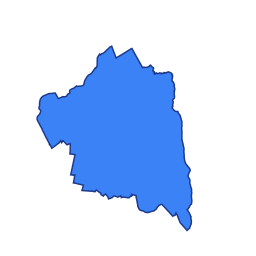 the district of Bogdanesti, Suceava, Romania, rotated 290°
{"feature_id": "2599482B43476485710108", "entity_name": "Bogdanesti", "entity_type": "district", "adm_level": 2, "iso_a3": "ROU", "parent_name": "Romania", "parent_adm1": "Suceava", "projection": "equal_earth", "projection_center": [26.284, 47.362], "detail": "fine", "context": "isolated", "style": "filled", "palette": "blue", "viewbox_px": 256, "rotation_deg": 290, "n_neighbors": 0, "source": "geoboundaries", "source_scale": "gbopen_adm2", "svg_char_len": 5692}
<svg xmlns="http://www.w3.org/2000/svg" viewBox="0 0 256 256"><g transform="rotate(290 128 128)"><path d="M199.3,84.7L198.2,83.5L189.8,79.3L189.4,78.7L189.2,78.2L187.8,77.3L187.2,77.0L187.8,76.1L185.2,75.4L183.3,75.2L176.3,77.6L174.8,77.7L173.9,77.6L173.3,77.3L173.5,76.8L173.3,76.7L167.1,75.1L165.6,74.1L164.3,72.8L162.2,72.0L158.6,71.3L156.7,71.2L153.8,71.6L153.4,71.5L152.4,71.0L151.9,70.5L151.1,69.0L150.9,68.4L150.1,66.7L149.6,66.1L149.9,65.2L149.2,64.8L148.5,64.5L148.1,64.1L147.1,63.6L146.4,62.9L145.8,62.1L144.1,60.7L143.4,60.4L142.7,60.5L142.1,60.8L141.4,61.3L141.0,61.3L140.6,61.1L140.3,60.7L139.3,60.0L138.9,59.6L138.5,59.7L137.7,59.6L137.0,59.4L136.5,58.9L135.7,57.9L135.3,56.5L135.2,56.0L135.0,55.7L134.4,55.3L132.6,53.4L131.9,52.4L136.0,47.6L134.7,45.1L133.2,41.8L130.4,38.9L129.9,38.1L127.8,36.6L125.3,35.8L123.9,35.9L121.7,36.2L118.6,37.3L117.3,37.3L115.9,37.6L115.2,38.6L115.0,39.0L115.0,39.4L114.6,39.9L114.2,40.1L113.6,40.3L113.0,40.3L111.6,40.3L110.5,40.1L107.9,39.1L107.1,39.0L105.6,39.4L104.9,39.7L104.4,40.1L99.9,45.0L97.7,47.6L97.2,47.9L96.2,48.8L95.2,50.0L93.6,51.7L92.6,52.7L91.3,54.0L90.4,55.1L89.9,55.6L89.4,56.1L85.8,60.1L85.6,59.9L85.2,60.4L85.5,60.7L82.9,63.3L83.7,63.9L85.3,64.9L86.5,65.8L88.5,67.0L91.0,68.7L91.4,68.4L91.7,68.4L92.2,68.7L92.5,69.1L93.0,69.3L91.6,70.7L93.8,71.1L93.8,71.3L92.4,74.4L91.4,76.1L91.4,76.4L91.6,76.8L93.4,78.7L93.5,79.0L93.4,79.2L87.6,81.2L86.9,81.5L85.3,81.9L83.8,82.2L84.8,86.9L84.8,87.3L64.4,90.2L64.5,90.4L64.6,90.8L64.9,91.6L64.9,91.9L64.8,92.5L64.9,92.8L65.6,93.7L65.8,94.1L57.7,95.5L57.9,96.6L58.2,97.7L58.3,99.1L58.3,100.0L58.6,101.6L59.0,105.7L53.5,106.1L56.0,114.9L56.2,115.4L56.6,116.0L56.6,116.3L56.5,117.7L56.7,118.2L57.1,119.0L57.5,118.6L57.7,118.8L58.9,119.5L58.4,120.9L58.2,122.0L57.7,123.1L57.5,123.7L57.5,124.3L57.5,124.6L57.4,124.8L57.1,124.9L56.6,125.1L56.2,125.5L55.6,128.1L56.5,128.4L57.1,128.6L57.3,128.9L58.3,129.6L57.8,130.2L57.5,131.0L56.3,132.7L54.7,134.0L55.9,135.5L57.2,136.9L58.7,137.6L59.2,138.0L59.6,139.0L59.6,140.3L59.5,142.0L61.9,144.5L60.3,145.5L61.4,147.1L61.5,147.5L61.9,148.7L62.1,149.8L62.2,150.8L62.6,152.4L63.0,153.0L63.4,153.2L64.1,153.3L64.3,153.5L64.8,153.6L64.8,154.2L64.9,154.3L65.3,154.3L65.4,154.7L65.8,155.0L66.0,155.0L66.4,154.8L66.8,154.3L67.3,158.7L66.2,159.1L65.5,159.5L64.3,160.3L59.4,163.2L58.8,163.6L58.2,163.8L57.4,164.2L57.0,164.7L55.3,166.5L55.1,167.0L54.9,168.1L55.0,169.3L55.3,170.1L55.2,170.7L55.2,171.0L55.1,171.4L54.8,172.9L54.9,174.3L55.2,175.0L55.4,175.7L55.6,176.1L57.3,178.2L59.0,180.8L59.4,181.1L61.3,182.2L62.1,182.4L62.4,182.4L63.7,182.7L66.2,183.8L66.7,184.5L67.1,184.8L67.5,185.1L67.7,185.5L67.7,185.9L67.6,186.4L66.8,188.1L62.0,197.3L60.4,200.2L61.2,200.7L61.5,201.3L61.7,201.7L62.1,202.0L62.5,202.2L63.6,202.1L64.5,202.2L63.0,204.0L56.9,209.4L52.9,216.8L51.9,218.5L54.2,219.7L54.9,220.2L56.7,220.0L59.2,220.2L59.7,220.1L60.9,219.8L62.5,219.3L63.3,218.7L65.1,217.8L65.9,217.2L66.2,217.5L67.2,216.5L68.8,215.0L70.0,213.5L71.5,211.6L72.5,212.1L73.6,212.4L73.9,212.3L74.4,212.6L75.4,212.7L76.0,212.7L77.6,213.1L78.1,213.4L78.2,213.6L80.9,213.1L82.7,212.3L84.8,211.2L86.7,210.5L88.1,210.3L89.2,209.9L90.7,209.2L92.2,208.7L94.7,206.7L95.2,206.5L95.7,206.1L96.8,205.2L97.4,204.9L98.9,204.5L100.7,203.7L101.4,203.0L101.6,202.6L102.0,202.0L103.1,201.1L103.5,200.9L104.2,200.7L107.0,200.7L108.3,200.8L109.0,201.1L110.3,200.4L111.2,199.5L111.7,198.4L112.0,198.0L112.5,197.2L113.0,196.6L113.5,195.5L114.5,194.2L115.5,193.3L116.7,192.4L119.3,191.0L123.2,189.4L124.7,188.6L127.2,187.9L128.6,187.2L130.0,186.2L132.7,184.6L133.1,184.2L134.0,183.7L134.7,183.2L136.1,182.4L142.2,180.2L143.3,179.8L145.9,178.6L147.0,178.2L147.5,178.2L149.1,177.7L152.0,176.6L152.7,176.3L153.2,176.0L153.5,175.5L155.6,174.2L156.6,173.3L157.6,172.8L159.1,170.3L159.6,169.8L160.1,169.7L160.5,169.2L159.9,166.9L160.4,165.3L161.0,164.2L161.6,162.7L162.4,162.6L162.8,162.5L163.0,162.5L163.2,162.8L163.9,162.7L165.1,161.9L165.7,162.0L166.4,162.0L167.4,161.6L168.0,161.5L168.5,161.2L169.1,160.5L169.5,160.4L170.2,160.5L170.7,160.7L171.3,161.2L172.0,161.2L172.5,161.2L173.7,160.9L175.9,159.7L177.7,159.3L178.3,158.7L178.6,158.7L179.0,159.0L179.3,158.9L179.6,158.7L180.6,158.7L181.7,158.0L182.0,157.7L182.4,157.6L182.9,157.2L183.6,156.9L184.1,157.0L184.6,156.6L185.6,155.7L186.2,155.4L186.6,154.9L186.8,154.5L186.9,153.8L187.1,153.6L187.4,153.4L188.0,153.2L188.8,152.7L189.1,152.6L189.7,152.7L190.4,152.6L190.9,152.2L191.7,152.3L192.1,152.2L192.2,151.8L192.2,151.7L192.4,151.6L192.9,151.7L193.1,151.6L193.2,151.2L193.7,151.1L193.8,150.9L193.9,150.4L194.7,149.2L194.4,147.9L194.5,147.3L194.6,147.0L194.5,146.6L194.3,146.3L193.6,145.6L193.0,145.2L192.8,144.2L192.4,144.1L192.3,143.8L192.5,143.4L192.5,143.2L192.4,142.9L192.0,142.9L191.7,142.9L191.5,142.6L191.5,142.1L191.4,141.9L190.7,141.5L190.8,141.1L190.6,141.0L190.5,140.8L190.9,140.3L190.4,139.7L190.5,139.4L190.7,139.1L190.6,138.8L189.6,138.1L189.4,137.5L189.1,137.1L189.3,136.8L189.2,136.7L189.3,136.2L189.1,136.0L189.1,135.7L189.3,135.5L188.9,135.2L188.5,135.3L188.2,135.0L188.0,134.8L187.7,134.7L187.7,134.3L188.2,133.9L188.3,134.0L188.6,133.7L188.9,133.8L189.1,133.7L189.1,133.3L189.0,133.2L189.4,133.5L189.5,133.6L189.9,133.4L190.0,133.2L189.9,133.0L189.7,132.9L189.7,132.7L190.2,132.5L190.5,131.6L190.8,131.5L192.5,131.7L192.9,131.6L193.3,131.3L193.4,131.0L193.9,129.1L194.7,128.0L194.7,127.4L194.3,127.2L193.3,127.0L192.8,126.8L192.8,126.6L192.8,126.4L192.6,126.3L192.0,125.8L191.4,125.0L191.0,123.7L190.9,123.5L190.7,123.0L190.6,122.0L190.5,121.8L190.1,121.5L189.8,121.1L189.7,121.0L189.9,120.8L201.8,107.0L204.1,104.5L203.5,103.8L195.4,97.5L189.8,92.9L191.9,91.0L199.3,84.7Z" fill="#3b82f6" stroke="#1e3a8a" stroke-width="1.5"/></g></svg>